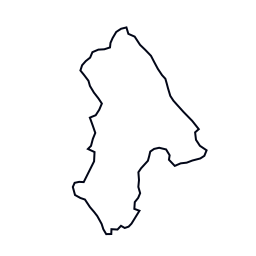 Holambra, São Paulo, Brazil, rotated 344°
{"feature_id": "56859067B86866322913045", "entity_name": "Holambra", "entity_type": "district", "adm_level": 2, "iso_a3": "BRA", "parent_name": "Brazil", "parent_adm1": "São Paulo", "projection": "robinson", "projection_center": [-47.067, -22.63], "detail": "fine", "context": "isolated", "style": "outline", "palette": "ink", "viewbox_px": 256, "rotation_deg": 344, "n_neighbors": 0, "source": "geoboundaries", "source_scale": "gbopen_adm2", "svg_char_len": 1237}
<svg xmlns="http://www.w3.org/2000/svg" viewBox="0 0 256 256"><g transform="rotate(344 128 128)"><path d="M83.7,137.1L89.2,141.9L86.2,150.7L70.5,167.8L66.2,166.3L61.6,166.0L58.7,169.5L58.6,177.8L63.0,182.2L66.9,184.9L69.6,193.5L72.3,199.4L74.2,204.2L76.2,212.9L76.4,218.6L77.8,224.0L82.7,225.3L84.2,220.7L89.9,222.7L94.3,220.1L97.3,223.2L101.4,223.0L105.0,220.9L116.2,210.7L111.8,207.5L114.1,201.1L118.5,198.0L121.7,194.0L121.7,187.5L124.2,181.1L125.8,173.4L129.5,170.3L138.1,165.0L140.6,160.9L142.9,156.8L147.3,155.3L152.5,155.6L158.7,159.1L160.5,165.7L158.6,169.8L162.5,177.3L168.9,176.5L174.9,177.5L180.9,177.0L189.1,177.2L193.7,175.8L197.4,171.1L192.2,164.9L190.1,158.1L191.3,150.7L195.7,148.6L191.7,138.9L185.8,127.9L181.6,119.3L179.2,114.3L177.5,108.8L177.4,100.7L177.5,95.7L177.5,91.0L175.3,86.6L173.0,79.4L171.4,72.0L170.0,65.0L166.1,57.6L162.5,51.4L159.6,42.0L154.3,37.6L154.2,30.9L148.7,30.7L143.2,32.4L138.0,37.3L134.6,41.4L132.9,45.6L126.9,45.8L121.1,44.5L114.7,45.3L111.0,49.9L105.9,52.0L101.2,55.0L98.1,59.6L100.4,65.0L103.0,71.7L103.0,77.1L105.0,84.6L107.7,91.3L109.6,97.3L105.4,102.5L100.5,106.8L94.2,107.5L94.8,116.3L95.2,123.7L91.2,128.8L87.5,135.0L83.7,137.1Z" fill="none" stroke="#020617" stroke-width="2"/></g></svg>